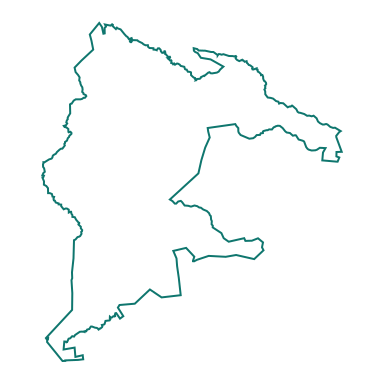 outline of Seke, Mashonaland East, Zimbabwe
{"feature_id": "62879985B71906244719276", "entity_name": "Seke", "entity_type": "district", "adm_level": 2, "iso_a3": "ZWE", "parent_name": "Zimbabwe", "parent_adm1": "Mashonaland East", "projection": "mercator", "projection_center": [31.007, -18.303], "detail": "fine", "context": "isolated", "style": "outline", "palette": "teal", "viewbox_px": 384, "rotation_deg": 0, "n_neighbors": 0, "source": "geoboundaries", "source_scale": "gbopen_adm2", "svg_char_len": 5767}
<svg xmlns="http://www.w3.org/2000/svg" viewBox="0 0 384 384"><path d="M71.5,280.2L72.3,293.1L72.1,309.9L45.9,338.1L46.5,339.0L48.1,338.2L48.0,339.3L47.7,339.8L47.2,339.8L47.1,342.0L62.5,361.0L65.3,360.9L65.3,360.4L78.2,359.9L83.2,359.3L82.7,355.2L75.4,356.9L74.6,347.6L63.6,349.5L64.3,341.5L65.7,341.6L66.4,342.3L67.1,342.1L68.6,338.7L70.2,338.3L72.2,336.2L74.0,336.6L75.1,335.0L79.8,331.8L82.0,331.6L83.4,331.8L84.0,331.4L84.8,332.0L85.4,331.0L86.3,331.2L87.1,329.6L89.3,329.0L90.8,326.6L91.9,326.5L95.1,327.7L96.8,327.9L97.7,328.5L98.6,329.6L98.9,329.4L99.5,328.6L100.3,328.6L102.1,327.1L102.4,326.2L101.9,325.0L104.0,324.5L104.6,324.0L105.5,320.9L109.6,320.4L110.3,319.3L109.8,318.5L109.9,316.7L111.1,317.7L111.9,317.5L113.3,316.2L114.4,316.5L115.1,316.2L114.9,314.6L115.4,313.2L116.2,313.1L120.0,318.6L123.3,316.2L117.9,307.6L119.5,305.0L134.8,303.7L149.9,289.5L161.6,297.4L180.7,295.2L178.8,278.0L177.1,266.1L176.5,258.4L173.3,250.9L186.1,247.9L194.3,256.7L193.0,260.7L193.0,261.2L194.1,261.3L197.0,259.8L208.7,255.9L225.7,256.8L236.1,255.0L254.2,259.1L263.5,250.3L262.0,247.3L263.0,242.4L258.0,238.3L251.9,240.7L245.4,240.9L244.2,238.2L228.7,241.7L223.7,238.2L221.4,233.1L212.7,227.4L212.8,225.7L211.6,224.3L211.8,221.1L211.1,219.5L210.8,216.1L209.8,215.0L209.1,213.2L206.8,211.0L203.2,209.5L200.9,207.7L199.2,207.5L197.3,206.2L194.5,205.5L191.4,206.5L190.5,206.5L188.3,205.8L184.6,205.5L182.1,202.1L180.8,200.9L178.2,201.5L176.2,203.6L174.8,203.6L172.5,201.1L169.9,199.5L198.4,173.4L201.4,160.1L205.2,147.6L209.7,137.5L208.2,131.5L207.7,128.0L235.3,124.1L236.4,126.0L238.3,128.1L238.3,131.1L238.7,132.6L240.6,135.0L249.3,138.7L253.2,138.2L255.2,136.8L256.6,135.1L260.0,134.9L260.7,133.3L262.9,133.1L262.9,131.5L263.6,131.0L266.5,130.2L267.7,130.2L269.1,129.4L271.9,129.5L273.7,127.3L274.8,127.0L275.4,126.4L277.9,125.7L279.9,125.9L282.7,128.1L285.2,131.3L286.7,132.5L289.9,133.0L292.9,135.7L295.1,135.2L296.0,135.4L298.6,139.5L302.7,140.7L304.1,141.5L306.2,147.1L307.5,148.8L308.6,149.6L311.6,150.5L315.3,150.3L317.0,149.7L319.8,147.8L325.5,148.1L323.0,152.5L322.3,160.4L337.3,161.7L337.6,161.7L339.3,157.5L336.4,156.4L336.5,152.0L341.7,151.8L336.3,137.2L336.2,135.9L339.2,132.1L340.7,131.1L335.0,127.7L333.1,127.9L330.3,126.9L327.5,124.5L326.1,124.0L324.2,124.5L322.6,124.5L320.0,123.2L318.0,121.5L316.6,118.3L313.6,115.7L311.7,116.3L309.2,115.6L307.1,115.8L304.2,114.0L300.2,112.8L298.7,112.6L297.6,111.8L296.3,109.2L292.2,105.6L291.6,105.7L290.8,106.6L289.5,106.5L287.7,107.3L283.3,103.3L280.5,103.0L279.1,103.6L278.4,101.7L276.1,101.1L273.1,98.6L270.7,97.9L267.7,97.5L265.3,94.3L265.2,91.3L264.4,89.5L265.4,88.2L265.1,87.5L265.4,86.1L265.0,85.7L266.2,84.1L266.0,82.8L265.0,81.4L264.0,80.8L263.2,78.7L263.1,76.6L262.4,75.0L261.0,75.2L260.8,73.9L258.9,72.1L257.8,71.6L257.6,69.7L256.8,69.6L256.7,68.3L253.4,69.5L252.5,69.4L252.1,68.5L252.6,67.8L252.6,67.2L250.3,65.4L248.7,64.9L247.8,63.6L247.0,63.0L246.6,61.2L244.7,61.8L243.2,60.3L242.4,60.4L242.1,59.8L239.3,61.1L237.0,59.9L235.7,58.5L235.6,57.8L236.3,56.7L235.8,56.0L234.0,56.4L232.8,56.1L229.0,56.0L223.4,54.2L221.6,54.7L219.8,54.1L218.6,54.1L217.7,55.4L217.7,55.1L213.4,52.0L211.1,52.0L205.2,50.7L198.6,50.5L197.3,49.1L193.7,48.2L193.9,50.7L195.2,52.0L197.7,53.1L200.9,57.8L210.6,59.4L223.4,66.6L220.2,69.5L218.7,71.6L216.9,72.6L212.1,73.4L210.5,73.2L209.6,72.2L208.3,72.6L204.4,75.9L204.1,75.6L200.9,77.2L200.8,77.8L199.8,78.8L196.9,79.0L196.3,80.2L195.8,80.3L196.1,79.8L194.9,78.9L195.0,78.0L193.6,77.5L191.1,75.2L191.0,72.4L189.9,71.9L187.8,71.7L186.7,69.6L185.6,69.5L185.0,69.1L184.3,66.8L180.7,65.9L179.7,64.6L177.8,63.6L176.8,63.6L175.0,64.7L174.1,63.5L173.1,64.3L172.4,63.3L171.2,63.0L171.5,60.8L171.2,60.3L169.8,60.4L169.1,59.2L168.5,59.1L167.8,58.3L169.1,58.4L170.1,57.6L169.9,56.8L168.0,56.8L165.8,54.2L165.1,53.9L165.3,52.2L164.8,51.2L164.3,51.3L164.0,52.4L162.9,52.9L161.8,52.6L161.4,51.6L160.9,51.4L160.6,49.8L159.2,48.3L158.0,48.3L157.3,49.4L156.6,49.8L156.6,50.2L155.2,49.7L153.5,49.6L153.4,48.2L149.5,48.0L148.1,46.8L147.9,45.2L145.6,45.3L143.5,44.3L142.2,43.1L138.3,41.2L137.4,40.3L133.0,40.1L132.0,40.9L131.3,42.1L130.5,42.1L129.9,41.5L129.9,41.0L131.9,39.0L131.6,38.1L128.9,39.1L127.4,36.8L126.5,36.4L124.4,34.1L120.6,29.4L117.5,28.3L116.9,27.7L115.9,29.1L112.6,26.0L112.9,24.9L112.1,24.3L110.5,25.6L105.0,24.5L106.0,26.6L104.6,27.9L104.7,33.4L103.4,33.7L101.9,26.9L99.2,23.0L89.8,34.5L91.5,40.9L93.2,49.6L81.5,60.5L74.6,67.6L75.6,72.1L78.1,75.0L79.6,77.4L79.2,80.4L80.3,82.3L80.4,83.6L81.2,85.6L82.3,87.3L82.6,89.5L82.2,91.9L83.3,92.9L83.5,94.0L85.9,95.2L86.3,96.1L84.9,97.8L83.6,97.8L82.1,98.9L80.6,99.3L75.8,99.3L73.7,100.6L71.6,103.7L70.6,103.8L70.0,104.4L70.2,113.4L68.0,117.0L67.6,118.1L67.8,119.1L66.8,120.5L66.3,122.4L67.2,123.4L65.9,125.3L63.8,125.9L64.6,127.0L66.4,127.4L68.3,129.0L68.4,131.9L68.7,132.3L70.5,131.8L71.5,133.0L71.4,133.9L69.3,135.9L69.1,136.9L67.8,138.2L67.0,140.6L65.0,142.0L65.0,143.1L64.3,144.0L64.8,145.5L62.6,148.4L62.3,148.7L61.0,148.7L59.6,149.6L56.9,152.1L55.9,153.7L53.4,155.1L52.7,156.0L52.4,157.5L51.6,158.6L49.1,159.4L44.6,162.2L43.4,162.2L43.5,163.3L43.0,164.2L43.1,166.9L44.1,168.3L44.8,171.8L43.4,173.0L42.3,175.5L43.9,175.7L43.2,177.4L42.5,177.8L44.0,181.3L43.9,184.7L46.3,186.0L48.0,188.2L48.1,193.1L49.8,193.1L51.9,194.0L52.5,196.6L54.1,196.9L53.5,198.8L53.9,200.4L54.9,200.7L55.7,202.5L58.6,203.4L58.6,204.4L61.2,204.6L61.2,206.2L63.7,209.3L65.6,208.5L66.8,208.5L68.7,209.6L68.8,212.5L70.2,211.8L71.1,211.8L71.4,213.7L72.4,215.1L72.4,216.9L74.8,217.2L76.1,219.7L78.5,222.5L79.2,222.8L79.2,223.5L78.4,224.3L78.5,224.6L80.8,226.7L80.8,228.3L82.2,230.1L82.0,231.2L81.2,231.9L81.5,233.8L80.2,236.0L79.3,236.6L77.5,237.1L75.5,239.5L74.0,240.2L73.5,258.4L72.0,272.3L72.2,278.2L71.5,280.2Z" fill="none" stroke="#0f766e" stroke-width="2"/></svg>